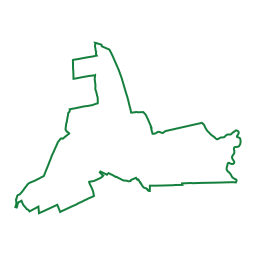 Mastacani, Galati, Romania (orthographic projection)
{"feature_id": "2599482B23986307623685", "entity_name": "Mastacani", "entity_type": "district", "adm_level": 2, "iso_a3": "ROU", "parent_name": "Romania", "parent_adm1": "Galati", "projection": "orthographic", "projection_center": [28.041, 45.785], "detail": "fine", "context": "isolated", "style": "outline", "palette": "green", "viewbox_px": 256, "rotation_deg": 0, "n_neighbors": 0, "source": "geoboundaries", "source_scale": "gbopen_adm2", "svg_char_len": 5666}
<svg xmlns="http://www.w3.org/2000/svg" viewBox="0 0 256 256"><path d="M235.8,182.4L236.4,181.1L236.5,180.6L236.5,180.2L236.4,179.8L235.6,179.3L234.8,179.0L233.0,177.8L232.3,177.3L232.1,177.0L230.7,174.4L230.2,173.7L228.8,172.1L227.8,171.4L227.3,170.7L227.0,170.2L226.6,169.5L226.6,168.6L226.6,168.2L226.8,167.3L227.0,166.5L227.4,165.3L227.7,163.6L228.0,163.2L228.4,162.9L228.8,162.8L229.2,162.9L230.7,163.7L231.5,164.0L231.9,164.0L233.2,163.9L233.5,163.5L234.1,163.0L234.2,162.5L234.2,162.1L234.2,161.7L233.8,160.9L232.8,159.5L232.3,158.4L232.0,157.6L232.1,157.1L232.2,156.3L232.6,155.5L233.5,154.5L233.9,153.7L234.1,153.3L234.3,152.8L234.3,151.5L234.3,150.6L234.0,149.7L233.9,148.5L234.1,147.8L234.3,147.4L234.9,147.2L235.2,147.0L237.7,146.8L238.4,146.6L239.1,146.1L240.3,143.9L240.6,141.8L240.3,138.9L239.9,138.2L239.4,137.9L238.5,137.4L237.6,137.2L237.1,137.0L237.0,136.6L237.0,136.1L237.2,135.6L237.6,135.2L238.0,134.5L238.4,133.8L238.7,133.2L238.7,132.3L238.6,131.9L238.0,131.2L236.8,130.5L236.4,130.4L236.0,130.4L234.8,131.2L233.5,132.2L232.8,132.5L231.1,134.2L230.7,134.4L230.2,134.5L229.8,134.5L229.1,134.5L228.3,134.5L227.6,134.5L227.1,134.6L225.8,135.5L224.8,136.7L224.2,137.1L223.6,137.3L223.1,137.4L221.0,137.5L220.6,137.6L220.0,137.9L219.4,138.2L218.8,138.6L218.1,139.0L217.4,139.2L217.1,139.3L216.7,139.1L216.2,138.8L215.7,138.5L215.4,138.2L214.9,137.6L213.4,136.4L211.4,135.0L210.6,134.3L209.1,132.6L207.5,131.1L207.0,130.4L206.4,129.5L205.1,127.3L204.3,125.3L203.4,124.1L203.2,124.1L202.8,123.7L202.5,123.3L201.8,122.8L200.9,123.1L199.0,123.5L165.8,131.0L165.2,131.3L164.6,131.6L163.1,132.8L162.7,133.0L162.3,133.0L159.9,132.1L159.3,132.0L158.7,131.9L157.9,131.9L157.5,132.0L156.5,132.8L155.7,133.2L155.2,133.5L154.1,133.7L152.6,133.8L151.6,130.4L151.0,127.6L151.4,127.6L150.3,124.8L147.4,118.2L145.7,114.7L143.3,112.1L137.6,112.3L136.7,112.0L136.3,112.0L136.1,112.0L135.5,112.1L135.1,112.3L134.8,112.3L133.5,112.4L132.4,112.6L131.1,112.6L130.6,109.9L128.9,103.4L128.7,102.2L127.4,97.2L126.4,94.1L126.2,93.5L121.6,77.9L118.6,69.7L112.9,56.6L111.4,53.4L109.4,49.6L101.8,46.3L101.5,44.7L96.4,43.1L95.0,42.8L95.3,43.6L95.4,43.9L95.0,45.8L95.0,46.2L95.0,46.8L95.2,47.4L95.4,48.4L95.6,50.0L95.7,50.7L95.9,51.2L96.2,51.8L96.0,52.9L96.0,54.0L96.1,54.6L96.2,54.9L96.6,55.2L96.8,55.6L96.1,55.7L94.5,56.1L93.0,56.4L92.3,56.6L91.8,56.7L91.3,56.7L86.9,57.4L80.5,58.6L79.7,58.8L73.0,59.9L72.9,60.0L73.1,69.8L73.3,70.5L73.3,72.8L73.4,73.1L73.5,78.8L76.6,78.3L81.1,77.4L88.8,76.0L94.0,75.4L94.7,75.3L95.1,75.1L95.1,75.3L95.1,75.5L94.9,77.0L94.7,78.8L94.7,79.3L95.1,82.3L95.1,82.9L95.4,84.2L95.4,85.2L95.4,87.4L95.3,88.0L95.3,88.8L95.5,89.8L96.2,91.7L96.4,92.6L96.8,94.2L96.9,94.7L97.0,95.4L97.2,96.1L97.5,96.7L97.6,97.3L97.6,98.1L97.8,99.0L97.7,100.5L97.8,101.1L97.8,101.7L97.8,102.0L97.7,102.6L97.7,103.3L94.8,104.2L92.1,105.2L90.5,105.4L88.2,105.9L84.7,106.3L83.5,106.5L79.3,107.4L78.1,107.6L77.1,107.9L74.6,108.4L72.0,108.8L69.7,109.3L69.8,109.7L69.8,110.3L69.7,110.9L69.6,111.2L69.5,111.7L68.5,112.6L68.3,112.8L68.2,113.9L68.1,114.3L67.9,115.8L67.7,116.4L67.6,117.3L67.4,118.1L67.1,119.8L66.9,121.0L66.9,121.9L66.6,122.3L66.2,123.7L66.1,124.6L66.0,125.3L65.9,126.0L65.8,126.8L65.6,128.6L65.6,129.5L65.6,129.8L65.7,130.0L66.0,130.3L66.5,131.1L66.8,131.5L67.0,131.7L67.7,132.1L68.8,133.0L69.1,133.3L69.2,133.5L67.8,134.6L66.6,135.6L65.4,136.5L64.7,137.1L62.8,138.7L62.1,138.5L61.8,138.5L61.7,138.4L61.3,138.5L61.1,138.5L60.8,138.6L60.6,138.8L59.9,139.6L58.7,141.2L58.5,141.3L57.9,142.2L57.8,142.4L57.8,142.5L57.6,142.7L57.5,143.0L57.4,143.2L57.2,143.8L57.1,144.2L56.6,145.0L56.2,146.2L55.5,147.5L54.4,150.1L53.4,152.3L53.0,153.1L51.7,155.9L51.0,158.0L49.4,162.0L48.4,164.7L46.5,169.3L44.5,174.3L43.9,175.9L43.7,176.1L42.7,176.6L40.9,177.5L39.3,178.4L38.8,178.7L37.7,179.2L36.9,179.6L34.6,180.8L30.1,182.6L29.7,182.8L28.5,183.5L27.8,184.2L27.4,184.7L27.1,185.0L26.1,186.4L24.4,188.5L23.8,189.5L21.6,192.3L19.9,194.2L19.5,194.5L17.8,195.1L17.6,195.3L17.4,195.6L17.0,196.8L16.3,198.9L16.4,199.0L16.0,199.6L16.3,202.3L16.4,203.1L16.3,204.1L15.4,207.1L16.7,207.5L17.2,206.2L17.4,204.8L18.3,202.3L19.0,201.9L19.6,201.8L19.9,201.7L20.4,201.3L21.5,200.7L22.4,203.1L23.3,204.9L23.9,205.6L24.5,206.4L25.0,207.0L25.6,207.5L26.3,208.6L26.7,209.1L28.1,209.7L28.6,210.1L29.5,211.4L32.9,209.6L38.4,206.6L39.0,213.2L41.2,212.2L42.6,211.6L43.7,211.1L57.3,204.8L59.0,209.0L60.2,212.0L61.5,211.2L64.2,210.0L71.7,206.5L75.9,204.7L76.8,204.2L77.5,203.9L78.1,203.4L80.0,202.5L81.1,202.1L83.1,201.1L84.3,200.4L85.8,199.8L86.9,199.3L87.5,198.9L89.0,198.2L93.0,196.5L94.0,195.9L93.4,193.1L93.0,191.1L91.7,187.9L90.0,184.5L89.1,182.1L89.1,181.8L89.3,181.7L90.8,181.5L93.2,181.1L93.9,181.0L94.8,180.6L99.6,178.4L99.8,178.3L102.3,176.8L103.2,175.5L102.2,175.0L101.4,174.0L99.8,172.4L100.4,171.5L106.9,174.7L107.2,174.2L107.4,174.0L108.0,173.6L108.5,173.2L108.7,173.4L108.9,173.4L109.2,173.4L109.7,173.6L110.5,174.2L111.0,174.4L111.5,174.5L112.7,175.2L113.8,175.7L114.6,176.3L115.0,176.6L115.6,176.8L115.6,176.7L116.2,176.8L116.4,176.8L117.5,177.4L119.0,178.2L122.5,180.0L123.4,180.4L123.7,180.5L125.9,180.7L126.8,180.7L127.4,180.9L128.0,181.2L128.4,181.3L130.1,181.1L130.6,181.0L131.0,180.0L136.0,177.8L136.6,178.8L137.0,179.4L137.3,179.2L137.7,179.6L137.9,179.3L138.0,179.3L138.4,179.9L138.6,179.9L140.4,183.0L140.6,182.8L142.0,185.3L143.3,187.1L143.6,187.5L145.7,188.2L146.4,188.6L147.3,189.6L147.5,189.4L147.9,190.0L148.4,190.8L149.3,191.0L149.8,191.0L149.9,185.7L152.8,185.7L159.7,185.6L173.7,185.2L174.6,185.0L182.4,184.9L182.1,183.4L190.6,183.0L192.7,183.2L201.7,182.9L212.6,182.7L217.6,182.6L231.8,182.2L235.6,182.3L235.8,182.4Z" fill="none" stroke="#15803d" stroke-width="2"/></svg>